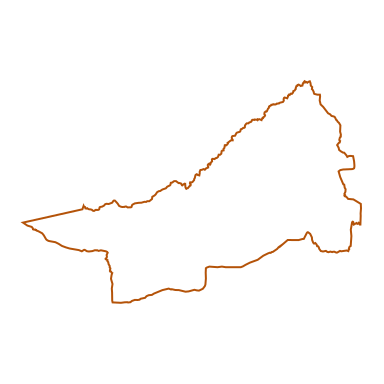 the district of Nachingwea, Lindi, United Republic of Tanzania
{"feature_id": "72390352B76457855664867", "entity_name": "Nachingwea", "entity_type": "district", "adm_level": 2, "iso_a3": "TZA", "parent_name": "United Republic of Tanzania", "parent_adm1": "Lindi", "projection": "robinson", "projection_center": [38.431, -10.327], "detail": "fine", "context": "isolated", "style": "outline", "palette": "amber", "viewbox_px": 384, "rotation_deg": 0, "n_neighbors": 0, "source": "geoboundaries", "source_scale": "gbopen_adm2", "svg_char_len": 6026}
<svg xmlns="http://www.w3.org/2000/svg" viewBox="0 0 384 384"><path d="M23.0,222.6L27.4,225.6L31.7,226.9L32.9,228.4L33.0,229.3L34.2,229.7L35.1,229.5L35.6,230.1L36.3,230.0L36.8,230.7L38.3,231.2L42.2,233.3L43.8,235.3L46.0,239.1L46.6,239.8L47.9,240.6L48.9,241.0L55.4,242.2L58.6,243.8L61.9,245.9L65.9,247.4L69.6,248.5L78.9,250.1L81.8,251.3L84.0,249.9L84.8,249.9L86.9,251.2L88.8,251.5L92.3,251.1L95.0,250.2L96.5,250.4L97.0,250.2L98.6,250.9L100.9,250.3L105.9,251.3L107.1,251.9L107.7,252.7L106.6,255.0L106.9,256.3L106.8,257.3L106.4,258.1L105.6,258.6L105.6,259.0L106.5,259.7L107.5,260.1L107.4,261.1L108.2,262.1L108.6,264.2L109.7,266.0L109.7,267.5L110.3,268.2L110.4,268.8L110.1,269.3L109.9,271.0L110.2,271.5L110.8,271.4L111.2,271.8L111.8,273.0L112.2,273.1L111.6,274.9L111.0,278.8L112.5,284.0L111.8,288.5L112.1,292.6L112.2,300.6L112.6,302.4L121.0,302.8L124.7,302.3L127.4,302.2L128.0,302.5L130.4,302.2L132.0,300.9L134.9,299.9L137.7,300.0L139.6,299.7L140.5,298.8L145.1,297.8L146.5,296.2L148.7,295.2L151.9,294.9L153.9,293.6L162.4,290.1L168.7,288.6L171.1,289.5L171.7,289.2L175.3,290.0L178.9,290.1L185.5,291.7L188.6,291.4L194.4,289.8L196.9,290.4L199.0,290.6L202.8,288.8L204.8,286.2L205.4,284.6L205.9,278.6L205.7,272.6L205.9,268.2L206.9,267.5L209.4,266.6L217.5,267.2L221.9,266.6L225.7,267.2L240.8,267.2L242.9,266.4L245.6,264.8L250.0,262.6L257.7,259.8L263.3,255.7L268.2,253.3L269.9,252.7L270.7,252.9L271.6,252.1L272.8,251.9L277.2,248.9L278.6,247.2L281.4,245.2L281.3,245.5L287.7,240.0L298.5,240.1L302.5,239.0L303.8,238.9L306.7,233.2L307.2,232.5L307.8,232.2L308.3,232.4L310.2,233.9L311.9,237.4L312.1,239.9L313.2,242.7L314.1,243.6L315.3,243.0L316.6,244.5L317.1,246.1L317.8,246.1L318.8,247.3L319.2,248.8L320.8,251.0L323.0,251.5L325.9,250.9L327.3,251.9L328.4,252.2L330.4,251.6L332.2,252.1L332.9,251.8L334.3,251.7L336.3,252.6L337.3,252.5L340.0,250.9L341.2,251.3L346.7,250.5L348.3,251.1L348.7,249.7L349.2,249.3L349.2,248.9L348.9,248.5L349.3,247.3L349.6,246.7L350.7,246.0L351.4,236.1L350.8,229.7L352.1,222.3L352.6,221.7L353.0,221.8L353.4,222.4L353.2,223.4L353.8,224.6L356.5,223.0L357.2,223.8L357.7,223.9L358.5,223.5L358.7,222.7L359.1,222.8L359.8,224.5L360.4,224.5L360.7,215.8L360.6,213.5L361.0,208.4L360.8,203.9L353.4,199.4L348.1,198.9L347.0,197.5L345.8,196.5L344.7,196.2L344.4,195.4L345.0,194.9L344.4,193.9L345.4,191.8L345.6,189.2L344.7,187.7L344.2,184.6L343.3,184.3L340.2,177.0L338.6,171.4L340.3,170.1L343.1,169.5L352.1,169.1L353.5,168.7L354.1,168.2L354.4,166.8L354.4,165.1L354.1,161.4L353.1,156.2L350.6,155.9L349.0,156.0L347.3,156.9L346.4,155.3L344.2,152.7L343.0,152.6L340.8,151.3L339.1,149.9L338.6,147.6L337.8,146.3L337.6,145.6L337.2,145.3L337.2,144.9L338.8,142.9L339.7,142.5L340.1,141.0L339.5,140.6L339.3,139.8L339.9,137.5L340.8,136.7L340.6,135.9L340.9,135.1L340.8,134.3L340.1,131.7L340.4,125.3L339.0,122.9L337.5,121.5L337.0,120.4L336.2,119.9L334.9,117.2L333.9,116.5L331.5,115.9L330.1,114.3L328.1,113.3L323.2,106.9L320.6,104.4L319.7,100.5L320.1,96.1L319.9,94.7L317.5,94.7L314.3,93.9L313.8,92.8L313.7,91.8L312.6,89.7L311.9,89.1L312.2,87.1L310.8,85.6L310.5,83.1L309.8,81.3L308.7,81.7L307.3,82.7L306.9,82.2L306.4,82.0L305.6,82.3L305.5,81.8L304.6,81.2L303.2,83.0L303.4,83.4L302.7,84.0L302.4,85.6L301.0,85.9L301.0,85.7L299.8,85.4L298.7,84.6L297.5,85.0L297.3,85.9L296.4,86.1L295.6,88.4L295.8,88.9L294.5,90.6L293.3,91.1L293.1,92.5L292.7,93.0L292.0,93.4L291.8,93.9L290.6,93.7L289.7,95.0L289.0,94.6L288.0,95.8L288.0,96.5L287.2,98.3L284.6,97.5L284.1,97.8L283.6,99.1L283.8,100.7L282.9,102.0L279.9,102.7L278.9,103.5L278.5,103.3L277.4,103.7L276.8,103.6L276.2,104.2L275.2,104.5L274.9,104.3L273.9,104.6L273.2,104.2L271.8,105.0L271.3,104.8L270.6,105.7L269.6,106.0L269.4,106.6L269.0,106.7L268.8,107.9L268.0,108.7L266.9,111.2L266.5,111.6L265.8,111.4L264.6,112.4L264.3,114.1L265.1,115.2L264.6,116.4L263.0,117.5L263.2,117.8L263.1,118.1L262.2,118.5L262.2,118.9L261.7,119.4L261.5,120.1L259.5,119.2L258.3,119.4L257.8,120.0L257.4,119.3L256.5,119.8L254.8,119.5L254.5,119.9L253.9,119.7L253.2,119.9L252.4,119.8L251.8,120.3L251.5,121.4L250.8,122.0L249.3,122.4L248.5,123.3L246.8,123.3L246.2,123.8L245.0,125.4L244.8,127.4L244.0,127.9L243.2,127.9L242.0,128.9L240.8,129.3L240.3,131.2L239.8,131.8L237.0,132.6L236.4,133.1L235.1,135.7L232.4,136.1L231.9,136.9L231.7,137.9L232.3,139.3L232.7,139.8L232.7,140.3L231.0,140.3L228.0,142.6L227.7,142.8L228.0,143.3L227.9,143.6L226.5,145.2L226.0,145.4L225.7,145.1L224.8,145.2L224.4,147.9L223.5,148.9L223.6,150.4L222.1,150.7L221.6,151.2L221.3,153.7L220.0,154.8L218.7,154.7L218.0,156.9L216.7,158.0L215.5,158.2L214.6,159.1L212.8,158.8L212.3,158.9L211.9,159.5L212.1,161.4L210.9,162.5L210.4,164.2L210.0,164.7L209.2,163.6L208.3,164.2L207.8,164.9L207.8,165.9L208.2,166.7L208.2,167.5L206.0,168.4L205.1,169.6L204.6,169.7L204.1,169.2L203.5,169.1L201.9,169.8L200.4,170.0L199.7,171.7L199.7,173.4L199.3,175.4L197.5,174.9L196.8,174.2L195.7,174.8L195.4,175.4L194.8,178.0L194.2,179.0L194.1,180.1L192.4,182.1L191.3,182.4L190.2,182.3L189.9,183.2L190.4,184.3L190.7,184.4L190.7,185.0L190.5,185.5L189.7,185.8L189.5,186.4L189.0,186.7L187.8,188.2L186.9,188.3L186.4,188.8L186.0,188.6L185.4,187.0L185.2,184.2L184.8,184.4L184.5,183.8L183.3,184.4L182.4,185.4L182.0,185.3L181.0,183.5L179.3,183.0L178.6,183.1L176.0,181.1L174.4,181.1L173.6,181.4L172.4,182.5L170.8,182.8L170.4,184.8L169.9,185.4L167.2,186.7L165.9,188.3L162.4,189.5L160.2,191.0L158.8,191.2L157.1,192.2L155.6,194.5L154.5,195.5L152.3,196.8L152.0,199.0L149.3,201.2L147.2,201.2L146.2,201.9L144.5,201.8L141.4,202.7L138.8,202.8L134.8,203.4L132.4,204.7L132.0,205.3L131.5,207.0L130.9,207.3L127.6,207.4L126.2,206.5L125.2,206.5L124.6,206.9L122.2,207.0L120.9,206.7L119.1,205.9L117.8,203.8L116.7,202.5L114.9,200.6L114.0,200.5L113.1,201.2L112.3,202.6L111.9,202.8L108.7,204.0L106.5,203.8L105.2,204.2L104.0,205.6L102.2,206.6L100.1,207.0L99.6,207.4L99.2,209.3L98.5,209.8L96.9,210.0L96.0,209.8L95.2,210.1L94.4,210.8L93.6,210.9L92.7,210.6L91.9,209.8L90.6,209.4L89.1,209.3L88.1,208.9L87.2,208.2L86.5,208.6L85.4,208.4L85.1,207.1L83.8,206.4L83.6,205.9L82.4,209.3L23.0,222.6Z" fill="none" stroke="#b45309" stroke-width="2"/></svg>